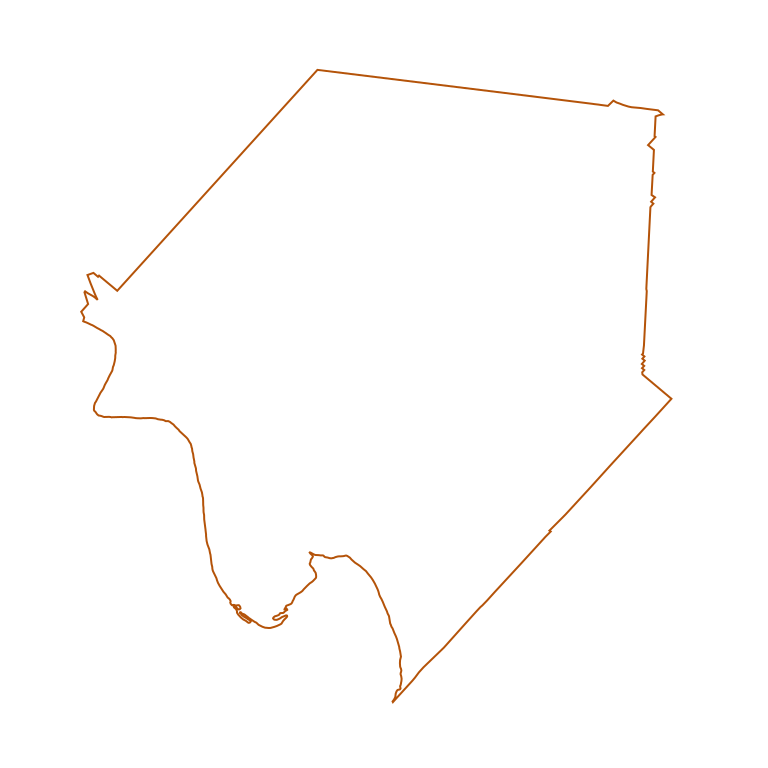 outline of Belmont, Western Australia, Australia, rotated 266°
{"feature_id": "25037944B8488281546819", "entity_name": "Belmont", "entity_type": "district", "adm_level": 2, "iso_a3": "AUS", "parent_name": "Australia", "parent_adm1": "Western Australia", "projection": "natural_earth1", "projection_center": [115.924, -31.954], "detail": "fine", "context": "isolated", "style": "outline", "palette": "amber", "viewbox_px": 768, "rotation_deg": 266, "n_neighbors": 0, "source": "geoboundaries", "source_scale": "gbopen_adm2", "svg_char_len": 6103}
<svg xmlns="http://www.w3.org/2000/svg" viewBox="0 0 768 768"><g transform="rotate(266 384 384)"><path d="M467.6,88.3L467.1,89.2L466.2,91.3L465.1,93.3L463.6,95.9L463.1,97.0L462.3,98.3L459.9,101.7L458.3,104.3L457.8,104.9L456.5,107.1L452.2,112.5L451.0,114.2L450.4,114.7L449.4,115.4L448.8,116.1L446.5,117.5L440.9,118.9L437.2,118.8L435.2,118.6L434.0,118.6L431.1,117.9L428.7,117.7L425.3,116.9L421.6,115.7L419.8,114.8L417.0,114.1L416.0,113.7L411.7,110.9L408.9,109.3L407.2,108.5L404.1,106.4L402.5,105.4L399.0,103.7L397.3,102.4L395.1,100.6L386.5,95.4L385.3,94.4L382.4,93.3L380.9,93.1L378.4,92.8L377.5,93.1L376.2,94.3L374.6,95.2L373.7,95.8L372.5,97.1L372.2,98.5L371.7,100.0L370.8,101.9L370.6,102.6L370.4,107.5L370.1,109.0L369.7,110.1L369.8,110.5L369.4,120.3L369.2,120.7L369.2,121.0L369.2,122.7L369.0,124.3L368.4,129.1L367.6,132.8L367.3,133.9L367.0,136.0L366.7,139.1L366.8,141.5L366.6,143.0L366.4,148.7L366.1,151.0L365.6,153.8L365.2,154.8L364.7,155.8L363.9,159.2L363.9,159.9L363.2,162.0L362.8,162.8L362.3,163.3L362.2,163.6L362.1,164.4L362.1,165.5L362.0,166.3L361.0,168.0L360.0,169.0L358.2,171.2L356.4,172.5L354.8,173.9L354.4,174.3L353.3,175.3L352.9,175.8L351.2,176.8L344.4,183.2L342.8,184.4L339.5,186.0L337.8,187.0L335.5,187.5L334.3,187.6L333.1,188.0L330.3,188.1L327.4,188.7L323.7,188.9L322.5,189.1L319.8,189.4L318.5,189.3L312.9,190.5L310.5,190.5L305.0,191.4L300.7,191.7L299.4,192.0L296.5,193.0L292.5,193.7L288.6,194.8L285.7,195.1L284.7,195.1L283.6,195.4L282.6,195.5L279.7,195.4L275.8,195.2L273.0,195.3L270.0,195.1L268.4,195.1L265.9,195.4L261.5,195.2L251.1,195.8L250.2,195.8L246.3,196.0L244.7,195.9L239.7,196.1L236.2,196.7L231.2,198.2L227.1,198.7L225.8,199.0L216.5,199.4L213.6,199.9L211.7,199.9L210.2,200.1L209.1,200.4L201.9,203.3L199.9,203.7L197.0,204.6L196.0,205.1L194.4,205.8L188.0,209.3L185.2,211.4L181.8,213.2L181.0,214.2L179.7,215.2L179.0,215.5L178.3,215.8L177.7,215.8L176.8,215.4L175.5,215.7L174.0,216.8L173.9,217.2L174.1,217.8L174.1,218.9L173.9,219.5L173.3,220.8L173.5,222.1L173.5,223.5L173.4,223.9L172.3,224.7L171.7,225.0L170.2,225.2L169.6,224.6L169.3,224.0L169.2,223.6L169.3,223.2L169.5,222.9L170.1,222.4L170.7,221.7L171.6,221.1L172.4,220.0L172.9,219.1L172.8,218.7L172.7,218.5L171.6,218.8L170.0,220.4L169.5,220.8L168.3,221.3L167.4,221.5L166.3,221.4L165.7,221.6L164.1,222.5L161.1,224.9L158.9,227.2L157.5,229.5L155.3,232.0L155.2,232.3L155.2,232.7L155.4,233.5L155.6,233.8L156.4,234.5L157.2,234.2L158.5,232.5L159.1,231.5L159.6,231.1L160.3,230.1L161.2,228.6L163.2,226.2L163.5,225.9L164.1,225.7L164.4,225.5L165.6,224.3L166.0,224.3L166.4,224.7L166.2,225.3L165.4,225.8L164.7,226.7L164.0,228.4L163.4,229.2L162.1,230.6L161.4,231.5L160.2,232.7L159.6,233.3L159.2,234.0L158.4,234.9L155.7,238.4L155.2,239.4L154.6,240.2L152.5,242.1L150.3,245.8L149.2,248.4L149.0,249.8L148.6,252.2L148.6,253.9L149.4,257.8L150.1,260.3L151.1,262.9L151.6,264.1L152.1,265.0L154.5,266.7L156.2,268.4L156.5,268.8L157.9,270.4L158.7,271.1L159.0,271.2L159.7,271.1L159.9,270.8L160.0,270.1L158.5,265.7L157.4,263.9L156.9,262.7L156.2,260.6L156.3,259.8L156.4,258.7L156.8,257.8L157.0,257.6L157.9,257.0L158.6,257.3L159.0,257.7L159.8,258.8L159.9,259.2L160.3,261.0L160.9,262.9L161.6,263.7L161.9,263.8L162.5,264.3L162.6,264.7L162.7,265.0L162.6,267.2L162.7,267.5L163.3,268.5L163.8,268.9L164.4,269.7L165.4,271.7L165.8,271.7L166.7,271.1L166.3,269.9L166.3,269.1L166.6,269.2L167.8,270.1L169.5,271.0L169.8,271.6L170.1,272.8L171.0,275.6L171.6,276.5L172.8,277.3L173.9,277.8L175.2,278.7L178.0,280.1L179.4,281.2L180.2,282.5L181.2,284.6L182.1,286.4L183.2,288.1L184.8,289.6L188.0,293.2L190.3,296.0L191.6,298.3L192.4,299.4L194.4,301.6L195.4,302.6L196.1,302.8L196.8,302.9L198.7,302.9L200.5,302.6L202.1,301.7L202.8,301.1L203.9,300.9L204.9,300.5L206.6,299.0L208.5,297.7L209.4,297.4L210.1,297.4L211.1,298.0L213.8,298.8L214.1,298.9L215.1,299.9L216.7,301.0L217.9,300.7L219.9,298.8L221.0,298.1L221.2,298.3L221.0,298.9L219.1,301.8L218.4,303.1L218.2,303.8L217.8,307.1L217.4,309.0L217.3,310.9L217.1,311.5L216.9,311.8L216.1,312.3L215.6,312.9L215.4,313.2L214.8,315.7L214.1,317.5L213.8,319.0L213.8,319.8L214.0,320.9L214.0,321.6L214.7,323.5L215.1,325.5L215.2,326.3L215.2,327.6L215.1,328.8L215.1,331.1L215.2,332.2L215.5,333.6L215.5,333.9L215.5,334.3L215.1,335.3L213.2,337.8L211.1,339.4L207.8,342.6L205.6,345.5L203.9,347.6L200.8,350.6L198.6,353.0L196.0,354.7L192.0,357.6L189.2,359.2L185.5,361.0L179.6,363.3L177.6,363.9L175.2,364.4L174.3,364.5L173.2,364.9L172.2,365.2L169.8,366.4L166.7,367.6L161.8,369.2L156.9,371.1L154.8,371.6L152.6,372.6L151.9,372.8L148.6,373.1L144.4,373.5L143.7,373.9L141.4,374.5L139.6,375.5L138.0,376.0L134.8,377.0L131.4,378.3L128.7,379.1L120.8,380.8L119.0,380.9L116.2,381.4L110.8,381.9L107.5,380.8L104.4,380.4L100.9,380.4L99.7,380.7L99.0,381.0L98.0,381.2L96.9,381.3L95.5,380.9L94.6,380.5L93.4,380.3L91.1,380.8L88.7,381.0L87.3,380.8L86.2,380.6L84.5,380.1L84.1,380.1L83.3,379.8L82.5,379.6L81.7,379.1L81.4,379.0L79.3,379.2L79.0,379.2L78.2,378.5L78.0,376.9L77.8,376.2L77.3,375.7L76.4,375.0L74.4,374.1L71.3,373.5L70.5,373.2L68.4,371.9L66.7,370.4L66.0,370.7L67.6,372.3L85.9,391.5L88.9,394.4L93.9,398.7L98.7,403.7L116.8,425.3L137.2,446.3L150.8,460.4L153.6,463.4L154.8,464.7L156.2,466.6L160.8,471.7L168.7,479.9L195.9,508.8L220.3,534.4L225.2,540.0L226.2,538.8L241.1,555.9L266.7,583.0L286.6,603.7L317.8,636.6L320.4,639.3L332.2,651.9L349.2,669.7L375.5,642.5L377.7,642.4L379.8,644.6L381.8,642.5L383.9,644.8L386.0,642.6L389.1,645.7L391.2,643.5L393.3,645.7L395.4,643.5L396.3,644.5L404.3,646.0L458.4,652.6L460.5,652.3L541.8,662.1L542.7,662.8L545.1,665.3L547.2,663.2L551.3,667.4L553.9,664.1L573.9,666.6L575.7,668.5L577.2,667.0L598.7,669.6L603.9,664.1L611.5,672.1L612.3,671.2L632.0,673.6L632.9,676.8L633.5,680.2L633.5,681.0L637.9,676.5L640.1,665.3L641.4,659.3L642.8,650.4L643.7,647.2L645.8,641.8L647.2,638.9L648.6,635.6L650.7,632.6L645.8,626.8L647.3,619.5L647.8,617.3L648.5,613.5L648.9,611.7L658.6,562.2L702.0,339.5L495.6,124.4L512.0,107.3L510.9,106.2L515.1,101.9L513.4,95.8L504.9,98.3L494.7,101.6L491.0,102.9L487.9,104.2L490.8,101.3L492.2,99.5L495.2,94.9L497.3,92.3L496.4,91.6L484.4,94.4L477.2,87.0L471.4,89.6L467.6,88.3Z" fill="none" stroke="#b45309" stroke-width="2"/></g></svg>